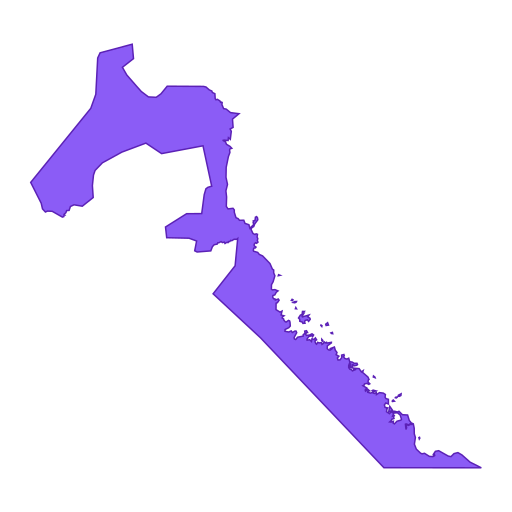 Huon District, Morobe, Papua New Guinea
{"feature_id": "67681753B78423041590168", "entity_name": "Huon District", "entity_type": "district", "adm_level": 2, "iso_a3": "PNG", "parent_name": "Papua New Guinea", "parent_adm1": "Morobe", "projection": "orthographic", "projection_center": [147.273, -7.168], "detail": "fine", "context": "isolated", "style": "filled", "palette": "violet", "viewbox_px": 512, "rotation_deg": 0, "n_neighbors": 0, "source": "geoboundaries", "source_scale": "gbopen_adm2", "svg_char_len": 6102}
<svg xmlns="http://www.w3.org/2000/svg" viewBox="0 0 512 512"><path d="M383.9,467.7L481.3,467.8L470.0,462.1L461.9,454.9L457.9,452.6L454.0,453.6L451.0,456.6L448.3,456.1L438.7,450.7L435.4,451.3L433.2,454.6L433.5,455.5L434.4,454.4L434.7,455.6L433.0,456.6L429.4,456.4L424.5,453.3L422.0,453.8L420.6,453.2L416.3,449.1L414.4,444.2L415.4,437.5L414.3,433.9L414.2,428.2L413.3,423.8L412.4,423.4L411.9,424.5L410.7,424.3L408.5,425.4L406.1,424.6L406.6,427.7L406.0,429.5L405.4,424.2L406.2,423.9L408.7,424.9L411.3,422.9L409.3,420.5L407.6,415.0L402.4,414.7L399.0,411.3L397.3,412.0L394.6,411.2L393.5,411.7L389.8,406.4L388.7,411.8L391.5,410.9L394.3,413.0L397.5,412.8L400.2,415.1L401.5,419.3L400.8,420.2L397.0,421.2L394.4,423.9L393.1,423.0L393.4,421.3L391.1,422.1L389.7,421.9L391.6,420.2L391.7,419.3L394.0,418.5L393.4,416.7L394.8,415.3L392.6,416.1L393.7,413.4L391.3,411.8L389.4,413.7L386.5,411.7L387.0,409.0L386.1,408.4L387.1,408.7L387.6,407.9L385.0,407.3L384.4,404.9L385.8,403.0L388.4,404.0L388.4,399.3L386.0,398.6L385.1,397.3L385.4,394.5L383.3,393.1L379.5,392.6L376.4,394.6L376.3,392.6L374.3,393.5L373.1,393.0L373.3,392.0L370.6,393.1L367.7,392.3L367.5,391.3L369.5,390.8L367.6,389.1L365.5,391.0L365.2,390.0L366.7,387.9L362.9,385.7L364.2,385.0L364.5,383.9L366.9,383.4L368.8,384.4L369.8,383.8L368.0,382.0L368.4,379.8L369.0,379.5L368.0,377.1L362.6,372.4L363.1,370.7L361.4,371.9L359.1,368.6L354.2,368.2L353.8,369.1L356.2,369.3L352.4,370.9L351.4,369.7L349.9,369.3L348.7,367.6L348.7,365.4L349.6,363.1L350.4,363.8L350.0,365.6L350.9,366.2L349.6,366.6L349.5,367.5L352.8,368.0L352.3,364.7L353.3,364.8L354.2,365.8L356.7,365.3L357.5,364.6L357.0,363.3L354.1,363.3L352.3,362.1L349.7,361.7L348.7,358.2L346.9,359.1L344.7,358.4L343.4,356.6L344.3,355.8L343.9,354.5L341.6,355.1L341.7,357.7L340.0,359.9L338.0,360.0L337.4,358.0L338.9,356.2L336.1,354.7L337.0,352.5L335.3,350.2L334.4,347.0L330.2,348.6L330.2,349.3L331.3,349.3L330.1,350.2L328.6,349.9L327.2,348.7L327.3,345.9L331.4,342.9L331.4,342.3L327.0,343.1L326.6,342.3L325.5,342.9L324.1,341.8L323.6,343.3L322.0,344.4L321.5,342.7L319.0,342.9L317.7,342.3L316.6,344.2L315.7,343.5L315.0,341.5L315.2,340.7L316.6,339.8L315.4,337.9L314.0,339.5L312.0,338.7L311.5,341.5L309.7,339.7L307.1,340.2L307.0,339.1L308.7,336.6L311.8,335.7L312.6,336.7L313.6,335.0L312.0,333.8L309.6,335.0L306.5,335.4L305.6,334.3L306.5,332.6L307.5,332.5L306.5,330.7L304.7,331.1L305.0,333.2L303.2,334.7L303.2,336.1L297.6,337.2L295.7,339.5L294.4,339.0L294.1,337.5L296.7,332.7L296.1,331.1L295.0,331.0L292.3,332.5L291.2,330.9L288.7,332.0L285.0,331.3L285.1,329.5L288.8,327.7L290.3,326.0L290.0,322.2L289.6,320.9L288.5,320.4L286.2,322.0L285.3,321.8L283.9,320.2L283.6,318.9L282.2,318.1L282.3,317.0L284.0,315.8L281.1,315.0L282.0,311.1L280.0,312.1L276.0,309.6L276.1,303.2L277.4,302.7L279.1,300.2L278.3,299.0L275.3,300.0L274.9,298.8L273.6,298.8L272.7,297.2L272.9,295.5L274.8,294.9L276.3,292.2L278.0,290.9L274.9,289.6L272.3,289.9L271.4,289.2L271.5,284.7L273.1,281.8L274.9,275.8L273.7,272.9L273.7,270.0L272.4,269.1L270.0,263.6L262.6,255.9L259.3,254.4L257.7,252.4L253.6,251.2L253.3,250.4L253.7,248.2L255.4,247.9L256.0,247.1L254.2,245.8L254.2,244.2L255.5,242.7L256.6,243.3L258.0,242.1L257.3,240.6L257.8,238.6L257.1,237.0L257.5,234.3L256.1,233.8L255.0,234.5L253.0,233.5L251.0,229.3L251.9,227.6L253.7,226.6L254.7,224.0L257.8,219.8L257.5,217.8L256.6,216.6L255.4,217.2L255.1,220.2L253.2,221.0L253.6,221.8L253.1,222.7L253.9,224.3L249.9,228.3L248.9,224.7L245.0,223.4L243.8,220.2L239.5,220.3L238.1,218.6L236.0,217.7L234.3,212.3L234.3,209.9L233.0,208.3L228.0,208.9L226.3,206.4L226.6,197.0L225.9,190.9L227.5,184.4L226.0,177.3L226.2,167.3L228.4,156.6L229.9,152.5L229.6,149.9L230.0,148.9L231.8,148.3L229.9,146.3L226.5,144.3L225.5,141.9L222.6,140.2L224.1,140.3L225.8,141.6L225.1,140.2L228.1,140.5L228.4,137.7L230.3,139.3L231.3,131.3L230.1,129.0L233.1,127.4L232.5,119.1L239.0,113.7L230.5,112.6L226.2,109.1L223.6,108.6L221.9,104.5L222.2,102.6L221.7,102.1L220.6,102.4L220.0,101.0L217.3,99.3L216.0,99.8L215.2,98.7L214.9,93.7L212.4,92.5L211.8,91.0L209.3,89.9L206.0,87.0L203.5,86.4L167.2,86.2L161.0,93.8L156.2,97.3L148.4,96.9L141.3,91.5L136.2,85.8L126.8,75.0L122.4,67.3L133.5,58.6L132.2,44.2L100.1,52.8L97.7,58.0L95.8,94.3L90.8,108.3L30.7,182.4L41.2,203.2L42.5,208.9L45.4,212.0L47.5,211.1L52.2,211.3L62.4,217.1L63.8,216.6L64.1,215.0L64.7,215.0L64.1,214.3L65.9,212.7L66.6,210.6L69.1,210.4L70.4,206.5L74.0,204.8L82.3,206.2L93.2,197.5L92.4,185.6L93.5,175.0L95.1,170.4L102.4,162.8L121.9,152.1L145.9,143.1L161.6,153.6L203.0,145.8L211.7,186.2L207.9,187.3L205.9,188.8L204.2,194.7L201.7,213.6L186.6,213.7L165.5,227.0L166.7,237.7L189.0,238.2L196.6,241.0L194.7,250.8L197.1,252.0L210.8,250.9L212.4,246.7L214.2,244.7L217.2,244.1L217.8,242.7L218.8,242.8L221.1,241.6L222.4,242.6L224.3,242.1L225.0,243.5L226.4,242.5L228.2,242.5L228.4,241.6L229.7,241.6L230.7,240.4L231.8,240.7L234.0,239.3L236.8,239.3L237.7,238.5L235.1,265.8L213.1,293.8L260.4,337.7L383.9,467.7ZM302.4,316.9L302.1,316.2L303.6,313.8L300.4,315.1L298.5,318.0L299.7,319.3L299.8,321.3L302.3,322.1L302.9,323.4L305.0,323.2L304.5,321.8L305.2,320.5L307.4,319.8L308.6,321.4L310.2,319.4L310.0,318.3L307.7,316.8L309.0,315.0L302.4,316.9ZM399.5,396.3L400.9,395.5L401.1,393.8L398.4,395.2L398.1,396.3L399.5,396.3ZM328.5,325.1L327.6,322.7L325.7,324.2L326.1,325.5L328.5,325.1ZM294.8,302.8L296.3,302.0L296.5,301.5L294.5,301.6L293.1,302.5L294.8,302.8ZM376.0,390.9L373.1,390.1L372.2,390.7L374.1,391.6L376.0,390.9ZM394.4,401.2L393.2,400.0L392.2,401.1L392.4,401.5L394.4,401.2ZM332.7,333.7L332.4,332.4L330.9,332.9L331.4,333.5L332.7,333.7ZM375.1,377.7L374.9,377.1L373.5,376.0L373.3,377.0L375.1,377.7ZM302.3,312.7L304.1,311.8L304.4,311.4L302.5,311.4L302.3,312.7ZM322.5,341.2L322.7,340.3L321.8,339.3L321.8,340.7L322.5,341.2ZM292.5,300.6L293.0,299.8L292.1,299.3L291.4,300.4L292.5,300.6ZM396.2,398.0L397.2,397.3L397.2,397.0L395.5,397.3L395.3,397.7L396.2,398.0ZM419.3,439.0L419.8,438.2L419.5,437.3L418.9,437.6L419.3,439.0ZM278.3,275.7L280.1,275.3L278.6,274.7L278.3,275.7ZM321.8,326.5L322.0,325.7L321.0,325.0L320.8,325.4L321.8,326.5ZM295.4,308.7L296.5,308.8L295.8,307.6L295.4,308.7Z" fill="#8b5cf6" stroke="#5b21b6" stroke-width="1.5"/></svg>